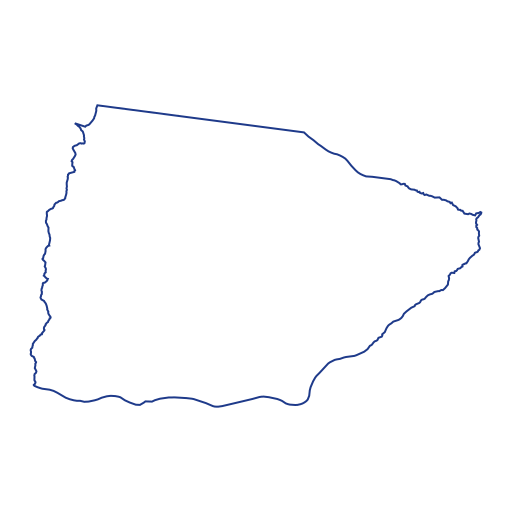 Tunuyán, Mendoza, Argentina (Mercator projection)
{"feature_id": "61730980B64785063825959", "entity_name": "Tunuyán", "entity_type": "district", "adm_level": 2, "iso_a3": "ARG", "parent_name": "Argentina", "parent_adm1": "Mendoza", "projection": "mercator", "projection_center": [-69.747, -33.613], "detail": "fine", "context": "isolated", "style": "outline", "palette": "blue", "viewbox_px": 512, "rotation_deg": 0, "n_neighbors": 0, "source": "geoboundaries", "source_scale": "gbopen_adm2", "svg_char_len": 5861}
<svg xmlns="http://www.w3.org/2000/svg" viewBox="0 0 512 512"><path d="M480.3,212.0L478.9,212.9L476.2,213.4L475.1,215.4L472.6,214.8L471.4,214.0L469.4,213.5L468.1,214.2L464.4,213.6L462.6,210.8L461.1,210.7L460.4,209.9L459.3,209.9L457.9,209.5L457.6,208.3L455.7,206.3L453.1,205.1L451.8,202.6L450.5,203.2L449.7,201.9L447.4,201.3L446.1,200.4L443.9,199.8L442.0,199.8L439.5,197.4L434.7,197.6L432.1,196.3L430.5,195.8L429.3,195.8L426.3,194.5L424.7,195.0L423.7,194.3L423.2,193.0L421.7,193.5L420.0,192.9L419.5,191.8L418.5,192.1L417.5,191.7L416.9,190.5L415.8,190.4L414.4,189.7L411.2,189.4L409.1,188.4L408.2,187.4L407.6,186.4L405.4,185.5L404.8,183.9L403.6,183.8L401.8,184.3L400.6,184.3L399.6,183.2L396.2,181.1L394.3,180.3L393.0,180.1L390.7,179.2L372.3,176.8L366.1,176.4L363.2,175.3L360.4,174.0L357.8,172.3L355.5,170.2L351.3,165.7L347.4,160.8L345.3,158.6L342.7,156.9L340.0,155.5L337.1,154.3L334.1,153.7L331.2,152.6L328.4,151.3L325.8,149.6L320.8,145.9L318.2,144.2L313.5,140.2L308.5,136.6L304.0,132.4L97.4,105.3L96.2,108.5L96.3,110.8L95.1,115.5L94.3,117.0L94.1,118.3L92.6,120.5L89.3,124.4L88.3,125.0L86.3,125.6L85.2,126.7L74.9,123.3L75.2,123.6L76.7,124.5L78.1,126.0L79.3,126.6L79.5,127.2L80.5,128.3L81.2,130.2L82.5,131.2L82.9,131.8L84.0,135.3L83.9,136.3L84.3,138.2L84.0,139.6L84.8,141.3L84.5,143.1L83.8,143.6L82.2,143.4L81.6,143.6L80.7,143.2L79.2,143.4L76.8,145.2L74.6,145.8L72.9,147.1L72.7,148.4L73.3,149.6L75.3,153.0L75.6,154.6L74.7,156.5L74.0,157.4L73.3,158.7L72.1,159.9L71.6,161.2L71.8,161.5L72.3,161.8L72.5,162.4L72.3,163.8L72.2,165.8L72.7,166.4L73.5,166.7L73.8,167.2L74.5,169.3L74.9,169.8L75.1,170.4L74.4,171.0L74.3,171.9L69.1,173.3L68.8,173.6L68.6,174.2L68.0,174.6L68.0,175.7L67.6,176.8L67.9,177.7L67.7,179.2L66.7,182.6L66.7,184.2L66.9,186.6L66.5,188.4L66.9,189.8L66.4,191.2L66.5,192.8L66.1,194.7L65.2,197.6L65.3,198.0L64.3,199.5L63.7,199.9L62.7,200.2L62.3,200.1L61.1,200.7L58.9,201.2L58.1,202.0L57.1,202.6L56.1,202.8L54.5,204.5L54.2,206.0L53.2,207.4L52.9,208.2L51.8,208.7L51.1,208.8L49.2,209.9L47.9,211.2L47.0,211.7L46.8,212.1L46.8,214.1L47.0,214.9L47.0,216.0L46.5,218.2L46.5,219.4L45.9,220.9L46.0,222.7L46.9,224.1L47.7,226.3L48.5,227.6L48.4,231.2L48.8,233.0L49.5,234.6L49.7,236.5L50.2,238.0L50.0,240.4L48.9,245.1L49.2,245.6L47.9,246.0L46.3,247.7L45.7,248.7L45.5,249.7L45.6,251.1L45.3,252.2L45.3,252.8L44.9,254.0L44.2,254.6L43.9,255.4L43.6,255.8L43.1,258.3L42.5,258.8L42.5,259.2L43.2,260.1L43.8,260.5L45.5,262.4L45.1,265.4L44.7,266.4L45.8,268.4L45.9,269.7L45.6,270.6L45.7,272.4L45.0,272.9L44.4,273.7L44.3,274.8L43.8,275.7L44.4,276.1L45.5,277.4L47.1,278.8L47.8,278.9L47.2,280.5L46.3,281.4L44.7,282.7L43.2,282.9L42.8,283.6L42.8,285.3L42.3,286.5L42.1,287.9L41.7,288.5L41.4,290.3L41.6,291.1L42.0,292.0L41.7,293.0L41.9,293.9L41.1,295.1L41.0,296.2L40.6,297.1L40.5,297.7L41.4,299.5L44.0,300.9L44.6,302.0L45.1,302.5L46.0,304.0L46.7,306.0L47.3,308.7L47.2,309.5L48.3,311.6L48.2,312.7L48.4,313.7L49.6,315.7L50.4,316.6L50.6,317.7L50.3,318.1L49.6,318.4L49.5,319.3L48.4,320.7L48.0,322.0L47.0,322.7L46.2,323.5L46.1,323.9L45.6,324.3L45.5,325.3L44.2,327.0L43.9,328.1L44.0,329.3L44.5,329.9L44.4,330.4L42.3,332.8L41.9,333.3L42.1,333.8L41.9,334.3L40.5,334.7L39.9,335.6L38.1,336.8L37.6,337.8L37.6,338.1L37.1,338.5L36.3,339.7L34.8,341.0L32.8,344.0L32.9,345.1L32.5,346.1L32.3,347.7L31.0,349.0L30.7,349.9L30.7,350.6L31.0,351.5L31.0,353.1L30.7,353.9L30.8,354.6L31.7,355.9L33.8,356.9L34.0,357.8L34.6,358.4L35.2,361.0L36.1,362.1L36.0,362.6L35.3,363.7L35.4,365.3L34.8,368.1L36.3,371.0L36.4,371.6L35.8,373.0L34.7,373.9L34.3,375.4L34.5,376.5L34.4,380.1L34.7,380.8L35.3,381.6L35.5,382.4L35.4,382.9L34.9,383.5L34.7,384.3L33.8,384.8L33.8,385.2L34.5,385.9L37.5,387.2L40.2,388.1L42.2,388.7L49.6,389.7L53.6,390.9L57.4,392.8L65.7,397.7L69.6,399.2L73.8,400.3L76.9,400.8L80.1,400.8L84.3,401.8L88.5,401.6L94.7,400.3L97.8,399.4L101.7,397.7L106.8,396.3L110.0,395.9L112.1,395.9L115.3,396.1L118.5,396.7L120.4,397.3L124.9,400.3L129.7,402.5L135.8,404.7L139.9,404.9L143.7,402.7L145.4,401.4L152.0,401.6L154.9,400.2L160.0,398.7L168.5,397.5L174.8,397.4L186.5,398.1L191.8,398.7L193.8,399.1L205.9,403.1L212.9,406.1L214.9,406.6L218.0,406.7L222.2,406.1L231.6,403.9L252.3,399.0L259.5,397.0L261.6,396.7L263.7,396.6L268.9,397.2L277.3,399.0L280.3,400.1L282.2,401.0L285.8,403.4L287.8,404.1L289.8,404.6L295.3,405.0L297.4,404.9L300.5,404.2L302.5,403.5L304.5,402.4L306.3,401.1L307.7,399.6L309.2,395.8L309.8,390.3L310.6,387.2L313.1,381.3L315.2,377.6L316.5,375.9L319.5,372.9L328.2,363.5L329.9,362.3L334.7,359.9L336.7,359.4L339.9,358.9L343.9,357.5L346.0,357.0L354.4,355.9L356.4,355.2L364.2,351.7L367.6,349.1L369.9,345.8L371.0,345.3L371.9,344.7L373.5,342.5L374.6,341.4L376.3,340.8L377.4,340.1L378.5,337.8L381.7,336.7L382.3,335.6L382.2,334.3L384.8,332.1L386.4,328.4L387.7,326.3L388.5,325.3L389.5,324.5L391.4,323.3L393.3,321.6L398.3,320.0L399.3,319.5L401.3,318.0L402.8,316.1L403.9,313.8L406.5,311.4L411.3,307.7L414.6,306.2L415.1,305.0L416.0,304.3L419.2,303.0L420.1,302.2L420.7,301.0L421.4,300.0L422.4,299.5L423.5,299.3L424.6,298.8L426.1,297.0L427.9,295.3L429.9,294.4L432.2,293.8L433.3,293.0L434.3,292.0L438.2,291.1L439.5,291.1L440.5,290.4L441.5,290.0L442.9,290.1L445.0,288.2L447.9,284.6L448.2,281.3L448.8,280.2L449.1,278.3L448.6,276.0L449.9,274.7L450.6,273.3L451.7,272.7L454.3,273.0L454.7,271.3L456.2,271.0L457.0,270.2L457.7,268.9L460.3,268.2L461.3,267.1L462.5,266.5L462.3,265.1L463.5,264.2L464.6,264.0L465.4,263.3L466.4,263.3L468.0,260.9L468.7,259.4L469.9,257.9L472.6,255.5L473.6,255.0L474.3,254.1L474.9,252.8L475.9,252.4L476.9,252.2L477.9,251.5L478.3,250.4L479.3,249.8L480.0,248.2L478.4,244.1L478.5,242.8L479.0,241.8L478.2,238.0L478.5,236.7L479.2,235.7L478.9,233.7L479.0,231.4L478.2,230.3L477.3,229.6L477.2,228.0L476.3,227.1L476.3,225.7L477.1,224.9L476.1,223.6L476.0,222.2L476.4,220.6L476.2,219.2L476.8,218.2L478.0,217.3L479.5,215.1L480.4,214.6L481.1,213.6L481.3,212.5L480.3,212.0Z" fill="none" stroke="#1e3a8a" stroke-width="2"/></svg>